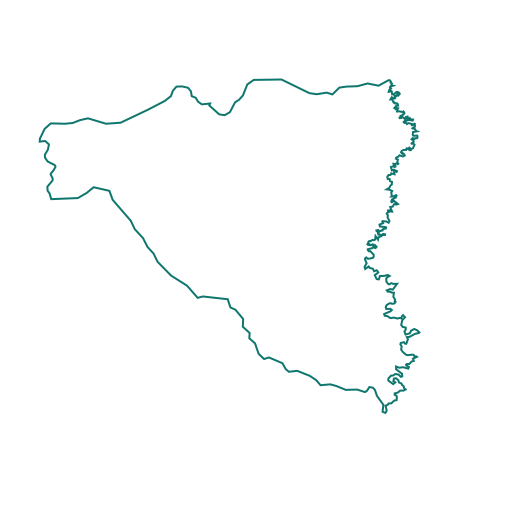 Obo, Haut-Mbomou, Central African Republic, rotated 256°
{"feature_id": "33826404B40761150188578", "entity_name": "Obo", "entity_type": "district", "adm_level": 2, "iso_a3": "CAF", "parent_name": "Central African Republic", "parent_adm1": "Haut-Mbomou", "projection": "natural_earth1", "projection_center": [26.309, 5.539], "detail": "fine", "context": "isolated", "style": "outline", "palette": "teal", "viewbox_px": 512, "rotation_deg": 256, "n_neighbors": 0, "source": "geoboundaries", "source_scale": "gbopen_adm2", "svg_char_len": 6100}
<svg xmlns="http://www.w3.org/2000/svg" viewBox="0 0 512 512"><g transform="rotate(256 256 256)"><path d="M434.3,89.0L430.5,81.7L422.1,74.7L419.3,73.8L418.6,79.2L414.4,82.1L409.5,79.8L405.3,75.6L402.2,75.1L398.0,76.8L393.1,82.5L392.0,83.1L390.9,82.9L388.3,80.5L385.6,76.9L384.6,76.5L380.3,77.5L378.4,76.8L373.7,70.3L369.7,69.6L366.8,70.8L360.7,71.1L355.3,97.2L358.2,107.1L362.0,115.1L354.7,129.5L345.2,130.5L320.5,143.0L311.3,144.9L300.7,150.7L291.1,152.9L283.1,157.2L274.2,159.1L257.5,168.9L243.9,181.9L229.5,189.3L229.6,194.6L220.9,218.1L212.3,218.7L208.9,223.0L198.0,228.3L190.5,226.1L182.9,231.2L177.8,229.6L171.5,233.9L160.5,234.9L154.1,238.9L154.4,244.0L145.6,255.7L139.0,257.5L135.7,259.9L134.6,268.2L126.7,279.2L121.1,284.3L115.0,287.4L113.5,297.0L110.3,302.7L104.4,310.7L101.9,321.9L97.6,328.8L98.4,331.1L101.4,334.3L99.9,337.6L97.3,339.0L91.1,339.5L80.8,343.6L74.3,341.1L72.4,343.6L74.3,345.4L79.4,345.5L79.6,347.5L80.8,349.1L80.3,351.6L82.3,355.2L82.1,357.5L85.1,358.6L86.5,358.5L87.7,357.0L89.1,357.3L89.2,360.6L90.5,363.3L89.7,366.5L90.3,368.9L92.0,367.7L94.2,367.7L95.4,366.6L97.1,366.3L98.6,364.2L101.1,364.0L103.5,362.3L103.7,360.2L101.4,359.0L99.7,360.6L98.5,358.1L103.1,354.3L105.0,354.7L107.2,357.9L106.9,360.2L107.8,362.7L106.4,365.7L103.7,367.3L103.8,368.8L106.4,369.2L112.3,364.5L114.9,365.2L113.0,367.7L112.5,371.8L109.9,376.5L111.4,377.5L113.5,375.3L114.3,375.4L114.7,376.2L114.1,378.6L116.0,381.5L116.0,383.7L118.4,383.5L119.2,387.7L120.0,387.0L120.2,385.4L121.6,385.2L122.4,384.3L123.1,379.1L124.0,377.6L127.8,375.0L130.1,374.2L133.2,375.5L135.3,374.7L136.6,375.4L136.6,378.7L135.0,379.3L134.5,380.6L138.5,383.3L140.8,382.8L140.4,385.2L142.0,391.7L141.9,395.4L142.3,396.1L144.9,394.4L146.9,391.9L146.0,388.4L143.8,386.6L143.6,382.1L146.8,381.8L148.7,383.6L150.2,384.0L151.8,381.1L153.9,380.2L158.4,382.4L160.5,385.8L163.0,384.4L162.2,383.0L160.4,381.9L161.2,380.2L161.1,378.2L163.0,374.5L163.0,372.4L163.7,370.8L165.7,369.2L166.9,366.4L168.7,366.3L169.8,373.1L170.7,374.7L172.2,373.6L173.1,369.6L174.8,369.5L176.6,370.6L177.7,373.6L177.6,375.3L176.7,376.4L176.5,378.9L177.8,380.3L178.5,379.6L180.0,380.4L183.2,379.4L187.0,380.9L187.8,378.6L188.8,377.8L189.5,375.3L191.0,374.6L191.5,378.2L190.3,380.6L194.9,386.2L195.7,382.5L196.9,380.7L196.2,378.5L196.7,377.6L199.6,376.3L202.6,376.9L203.6,378.1L204.3,380.8L205.8,379.1L205.6,376.0L206.6,371.4L203.6,369.5L204.4,367.5L208.7,366.6L210.4,370.6L212.5,370.1L213.0,369.5L212.6,366.9L215.4,366.3L217.0,363.3L218.6,362.8L217.0,358.8L219.2,358.7L222.2,361.6L226.4,360.9L227.6,361.6L227.9,362.7L226.5,363.5L226.0,365.2L225.9,368.9L226.8,370.0L228.9,370.5L233.2,367.9L233.2,366.8L234.4,366.0L235.5,366.1L235.5,370.9L236.9,372.5L235.6,372.7L234.8,373.9L235.7,375.2L238.0,373.9L237.8,372.4L239.1,372.1L238.6,370.1L239.5,368.0L240.0,368.6L240.6,367.2L241.5,368.3L242.2,368.2L243.1,369.4L242.7,370.8L243.4,372.8L242.8,374.4L243.1,375.5L246.4,376.8L242.4,378.3L244.5,379.3L245.0,382.7L245.9,383.4L245.1,386.1L245.8,386.5L246.6,384.9L246.1,383.1L247.2,379.9L248.5,379.8L248.9,380.8L249.6,380.9L250.8,379.1L251.7,379.0L251.6,381.0L250.1,382.1L250.2,385.0L251.0,385.1L251.4,386.1L251.3,388.6L252.2,389.2L253.0,388.2L254.6,383.4L256.6,383.4L257.1,387.2L258.6,386.8L259.2,387.3L257.9,390.9L256.2,392.7L257.7,394.0L261.5,393.0L263.5,393.8L265.6,393.1L266.7,394.9L268.2,395.1L268.0,396.5L266.8,396.2L267.3,397.7L266.4,397.9L266.1,398.8L271.0,398.0L270.9,400.7L272.8,402.4L272.9,403.5L271.9,404.5L272.1,406.3L276.3,403.1L276.5,402.1L275.7,402.1L275.3,400.8L276.1,400.4L278.0,401.7L279.0,405.9L280.7,407.0L281.2,406.6L280.6,403.8L281.0,401.7L281.5,402.4L284.6,402.5L286.1,403.9L288.1,401.4L289.0,399.0L289.9,401.9L291.9,403.6L292.4,405.0L295.0,405.9L296.1,404.2L298.5,404.2L298.8,402.5L301.0,402.5L302.5,404.2L302.1,405.6L302.5,406.8L303.4,407.2L301.8,410.2L304.3,410.4L304.3,411.9L303.6,412.8L304.2,413.3L306.4,410.7L306.2,408.5L309.7,408.4L309.9,411.3L308.9,411.7L309.0,413.0L310.2,413.1L311.4,411.7L312.2,411.7L311.6,413.1L311.9,415.0L310.8,415.8L311.1,416.4L312.7,415.7L315.1,417.0L316.6,415.3L317.7,416.1L317.8,417.7L319.0,419.5L317.1,422.5L317.5,424.6L319.4,424.1L320.3,423.2L319.9,422.7L321.6,421.8L322.7,422.8L323.2,424.8L322.6,427.3L324.0,428.2L323.3,429.9L324.1,431.0L323.5,431.4L322.5,429.8L321.4,430.9L321.3,431.7L322.2,431.8L322.5,434.3L325.6,436.7L327.0,435.9L327.4,433.4L328.4,436.5L329.9,436.6L331.6,435.2L332.5,436.6L331.1,438.1L331.8,438.8L331.3,440.8L332.2,441.5L333.8,441.6L334.6,437.8L335.6,437.4L338.3,438.4L338.0,442.4L338.7,441.5L341.4,440.7L341.6,439.1L342.1,438.7L343.1,441.5L345.8,442.1L346.1,441.6L345.1,439.9L345.2,438.9L346.5,439.1L348.1,435.9L347.5,434.4L348.9,433.7L349.3,432.2L350.3,431.7L351.3,433.5L350.6,434.2L351.2,435.9L350.8,438.1L349.5,440.8L350.4,441.4L351.3,439.0L352.8,438.5L352.3,436.5L354.6,436.8L354.6,435.0L353.0,434.5L352.8,433.7L355.5,431.7L354.8,430.4L355.0,428.8L355.5,428.7L356.5,430.8L357.0,430.5L357.6,433.5L358.8,433.6L358.8,434.5L359.3,434.5L360.6,434.0L360.2,433.1L361.8,429.8L362.1,426.9L362.4,428.4L363.8,428.5L364.9,429.6L365.6,428.3L364.7,427.2L365.9,426.2L366.1,427.1L366.6,426.9L367.9,428.5L367.5,430.2L369.1,430.3L370.0,429.8L370.4,427.8L371.6,427.5L371.6,426.6L374.9,426.1L375.4,424.3L377.2,426.1L375.3,428.1L375.3,428.9L375.7,429.4L377.8,429.1L377.3,430.6L378.0,431.1L377.1,432.7L378.0,433.9L378.5,432.8L379.5,432.5L379.4,434.4L380.3,434.0L381.2,432.2L379.8,429.1L379.9,427.2L383.1,427.5L383.7,426.8L383.1,426.1L383.2,424.5L385.1,425.7L385.9,427.5L387.0,426.7L387.9,427.3L388.1,430.2L389.0,428.6L390.5,429.6L391.8,428.5L392.6,429.0L394.0,428.5L394.5,427.2L391.6,416.1L396.4,406.0L396.2,395.6L398.5,384.7L399.2,377.6L394.3,369.2L397.4,364.1L398.3,354.0L401.1,347.2L421.1,323.4L427.4,296.4L424.5,289.0L415.0,282.2L411.7,277.4L410.2,272.9L401.9,265.5L400.2,259.7L402.3,254.6L413.4,247.1L415.1,248.4L416.2,240.2L419.7,237.1L424.1,235.8L426.7,232.3L431.5,232.7L435.7,230.7L438.4,225.4L439.6,219.8L436.5,215.4L431.7,212.1L428.5,205.0L424.1,186.6L418.1,156.9L420.6,142.5L430.2,126.3L430.4,118.1L429.4,110.4L430.5,102.8L434.3,89.0Z" fill="none" stroke="#0f766e" stroke-width="2"/></g></svg>